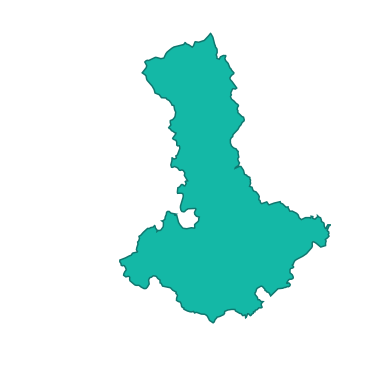 the district of Luc Nam, Bắc Giang, Vietnam, rotated 239°
{"feature_id": "81297802B23878626253121", "entity_name": "Luc Nam", "entity_type": "district", "adm_level": 2, "iso_a3": "VNM", "parent_name": "Vietnam", "parent_adm1": "Bắc Giang", "projection": "albers", "projection_center": [106.454, 21.304], "detail": "fine", "context": "isolated", "style": "filled", "palette": "teal", "viewbox_px": 384, "rotation_deg": 239, "n_neighbors": 0, "source": "geoboundaries", "source_scale": "gbopen_adm2", "svg_char_len": 6010}
<svg xmlns="http://www.w3.org/2000/svg" viewBox="0 0 384 384"><g transform="rotate(239 192 192)"><path d="M197.8,250.1L201.5,251.4L203.0,252.5L204.4,252.0L206.1,252.1L208.4,250.3L211.0,249.6L214.1,250.1L217.1,251.8L218.3,253.7L218.5,255.4L220.1,256.7L222.0,263.6L223.7,266.4L224.2,268.3L225.7,270.7L226.2,273.3L227.1,274.0L229.6,274.7L230.9,273.7L236.5,272.2L238.2,273.3L239.5,273.2L241.1,274.6L241.9,276.2L243.3,276.4L245.4,275.4L248.2,274.9L251.2,273.7L253.6,274.0L254.2,274.3L255.0,275.8L256.3,275.9L257.3,276.7L259.3,279.6L259.4,280.4L257.9,282.3L258.1,283.9L266.3,283.2L267.7,282.8L269.6,282.9L270.4,283.4L271.1,284.7L271.7,286.3L271.9,288.6L272.6,289.3L275.7,288.7L277.8,288.8L278.9,288.4L283.7,289.2L287.3,288.5L289.5,288.9L291.1,291.0L291.6,291.1L292.9,289.1L293.2,286.0L291.8,283.7L293.7,282.2L295.0,283.0L297.1,283.4L298.6,285.4L301.1,286.8L302.3,287.1L304.0,286.8L305.8,287.4L306.7,287.4L313.9,289.6L317.9,289.7L318.4,289.5L317.3,286.6L315.6,280.6L316.9,274.9L319.1,272.2L319.0,271.7L316.5,268.6L316.0,266.8L319.9,265.0L321.9,263.4L323.2,263.3L323.6,263.0L322.7,260.8L325.6,251.2L325.6,248.6L324.8,242.9L324.0,240.9L321.3,236.9L322.3,234.0L325.5,231.0L326.3,229.9L327.0,222.7L328.0,221.4L328.1,219.9L327.7,218.5L323.7,218.3L322.2,216.9L319.8,210.7L316.3,212.2L315.1,212.4L312.3,211.3L310.8,211.1L303.2,212.4L299.3,212.3L295.9,211.3L292.2,214.1L288.6,214.4L286.0,218.1L284.3,218.3L282.1,219.6L278.7,219.9L276.7,219.6L275.6,220.8L275.1,220.9L271.6,219.5L268.9,219.2L265.7,216.6L264.9,215.5L264.0,212.8L264.4,210.2L263.1,209.3L260.3,208.4L259.2,205.2L258.1,205.2L257.4,205.9L255.2,206.0L253.4,207.2L251.8,207.6L251.0,208.6L250.2,208.1L248.0,203.1L246.9,203.1L244.4,204.9L242.4,204.5L240.1,203.1L239.0,203.4L238.2,204.9L237.1,204.7L235.5,203.9L231.3,198.6L231.2,196.7L229.6,196.4L229.1,196.0L229.4,193.8L230.0,193.2L231.3,192.8L231.5,192.4L229.3,191.0L226.1,187.8L223.8,187.2L223.2,187.9L222.8,190.3L220.1,192.1L217.2,192.4L216.5,193.2L216.2,194.6L214.9,195.6L212.1,195.7L210.2,194.0L203.9,194.0L204.5,192.4L204.3,191.5L202.3,191.4L200.9,189.1L201.3,188.4L203.1,187.9L203.7,187.1L203.7,186.3L202.7,183.9L202.9,182.0L199.3,179.3L198.3,179.0L196.9,181.6L195.8,182.9L195.2,183.2L193.8,182.9L192.2,181.8L186.0,175.0L184.5,174.0L182.3,173.2L180.6,173.3L179.3,174.6L179.0,175.5L179.6,177.8L179.6,180.1L176.2,186.4L175.5,186.6L175.1,186.4L173.3,183.7L171.6,182.9L169.0,183.3L166.7,185.3L165.6,183.9L164.6,183.4L163.6,182.2L163.0,178.4L162.6,177.4L159.8,175.9L159.7,175.6L161.7,173.0L163.2,168.6L165.4,165.8L166.1,165.4L170.2,164.8L172.8,164.8L179.6,166.8L181.0,165.3L181.3,165.4L181.2,167.0L184.7,163.1L187.1,162.4L187.9,161.1L187.7,159.8L185.8,158.2L184.6,156.4L182.5,154.6L182.3,152.2L182.7,151.3L180.9,152.0L177.9,150.1L177.0,149.4L175.5,145.9L175.5,144.8L176.3,143.5L176.2,141.6L177.3,142.5L179.8,142.1L182.0,142.8L182.5,142.6L181.9,140.6L182.8,138.2L182.7,136.5L183.6,135.4L183.5,134.3L182.5,129.5L181.3,125.8L181.3,123.7L179.3,123.1L177.6,121.2L177.1,119.6L175.2,118.9L172.7,116.0L171.1,114.6L168.9,114.5L168.8,113.9L170.1,110.1L170.1,109.3L169.1,107.3L169.5,105.5L169.8,101.0L170.8,95.1L169.4,94.2L167.3,94.3L165.7,93.6L164.7,94.2L164.3,95.4L163.6,96.0L161.8,96.1L159.9,95.8L159.1,95.4L158.2,93.2L156.8,91.2L155.8,90.5L153.3,91.6L152.6,93.9L151.7,94.7L150.9,94.7L149.2,93.5L147.8,93.1L141.9,95.1L140.8,96.0L139.3,98.5L136.8,99.4L134.1,101.0L133.4,101.9L133.0,103.0L133.5,104.8L135.2,107.9L139.0,109.5L140.1,111.3L140.3,111.9L139.9,113.2L140.1,115.7L138.5,117.6L137.6,118.0L135.6,118.1L133.0,119.2L130.5,117.8L129.7,118.5L126.5,118.3L121.0,124.2L117.8,124.9L114.3,126.9L113.3,126.0L111.7,126.4L110.7,126.2L108.9,124.1L107.1,122.9L105.1,123.9L103.8,125.2L101.7,125.1L99.4,124.2L98.0,124.3L96.7,125.3L95.7,124.7L92.4,126.8L90.5,128.5L89.6,129.6L88.8,131.8L87.0,131.9L86.7,133.5L86.2,134.2L82.6,137.1L80.7,139.9L78.7,141.0L77.3,141.2L72.9,140.9L69.0,142.7L69.2,144.1L70.7,146.1L71.3,148.2L71.8,148.9L71.0,151.8L70.6,156.1L71.4,157.6L72.2,157.9L72.8,158.6L72.4,162.0L70.9,165.6L69.2,168.3L67.7,168.0L63.4,170.4L62.2,171.6L60.1,171.7L59.6,172.5L59.4,173.9L59.0,174.3L56.6,173.2L56.7,174.0L59.0,177.0L58.5,177.7L56.0,178.3L55.9,179.1L56.5,180.4L56.5,182.1L57.6,183.0L56.9,184.1L58.0,185.4L57.6,187.3L58.3,189.6L57.1,191.6L57.0,192.3L57.2,192.8L59.4,193.1L60.7,194.0L61.4,196.5L62.7,194.7L64.9,194.3L65.7,193.1L68.2,193.8L71.6,193.3L73.1,194.0L73.5,195.2L75.4,197.2L75.9,198.5L75.8,202.3L75.5,203.1L74.6,203.7L71.1,204.4L70.0,203.9L69.2,204.6L68.0,204.6L66.5,205.8L65.5,206.1L62.4,205.9L64.8,215.9L62.8,220.2L62.6,221.8L62.0,223.2L61.9,224.8L61.1,225.9L61.1,227.2L61.8,228.4L63.2,228.5L64.3,228.1L64.6,226.7L65.1,226.3L65.6,226.8L66.9,229.4L66.9,230.7L66.0,232.5L65.9,233.9L66.3,234.6L67.5,235.1L69.4,235.3L72.3,234.4L75.0,236.0L75.6,237.2L75.0,239.2L75.2,240.3L75.8,240.6L77.7,240.3L78.1,241.9L78.9,242.5L80.3,245.1L80.3,248.3L79.9,253.8L80.2,258.4L82.7,266.1L83.7,267.3L86.5,268.8L87.0,269.9L86.9,270.4L85.8,271.2L84.0,272.1L78.5,274.0L77.3,278.9L79.5,280.2L80.9,281.7L82.6,281.8L82.9,284.4L83.6,286.7L85.4,286.9L86.0,288.0L87.4,288.6L87.9,288.6L88.3,288.1L89.5,288.1L92.7,292.6L92.3,293.2L92.7,293.5L93.9,291.5L92.7,289.4L91.7,288.5L91.7,287.8L92.0,287.6L94.5,287.7L96.6,288.8L97.6,289.0L100.1,287.8L101.2,288.4L103.7,288.9L104.9,288.0L107.0,287.4L105.9,286.9L106.0,285.5L105.5,284.5L105.4,283.4L107.4,281.8L108.7,282.9L109.9,281.6L109.3,281.3L108.8,279.9L109.5,279.6L111.6,276.0L112.0,271.5L114.7,270.6L117.7,271.2L119.8,270.7L124.0,268.1L125.1,266.0L128.8,266.2L129.7,266.7L130.7,264.7L135.0,263.6L137.0,262.2L138.3,262.6L140.2,256.7L141.2,251.7L141.6,251.2L145.0,251.0L146.1,245.8L146.9,245.4L147.9,245.3L149.6,245.9L151.0,245.3L153.5,247.3L155.5,247.5L159.0,247.0L161.2,245.3L162.8,245.3L165.1,245.9L167.2,244.2L169.4,246.8L170.6,247.1L172.1,248.3L173.3,248.3L174.7,249.1L177.2,247.5L178.3,247.5L180.1,246.1L184.1,247.3L188.6,247.1L189.6,245.7L190.1,241.2L190.6,241.8L190.8,245.3L192.5,247.7L194.4,247.6L196.5,248.1L197.1,248.5L197.8,250.1Z" fill="#14b8a6" stroke="#0f766e" stroke-width="1.5"/></g></svg>